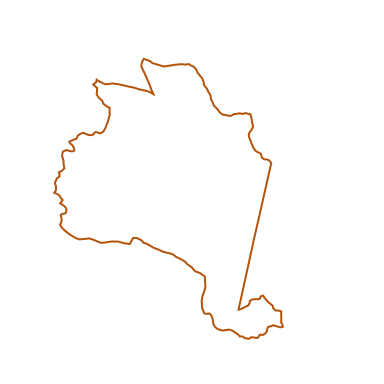 São Domingos do Maranhão, Maranhão, Brazil, rotated 292°
{"feature_id": "56859067B35483531108788", "entity_name": "São Domingos do Maranhão", "entity_type": "district", "adm_level": 2, "iso_a3": "BRA", "parent_name": "Brazil", "parent_adm1": "Maranhão", "projection": "natural_earth1", "projection_center": [-44.348, -5.667], "detail": "fine", "context": "isolated", "style": "outline", "palette": "amber", "viewbox_px": 384, "rotation_deg": 292, "n_neighbors": 0, "source": "geoboundaries", "source_scale": "gbopen_adm2", "svg_char_len": 3619}
<svg xmlns="http://www.w3.org/2000/svg" viewBox="0 0 384 384"><g transform="rotate(292 192 192)"><path d="M114.7,319.4L114.6,317.0L113.5,314.2L114.4,311.2L116.8,309.3L118.5,303.9L120.8,299.4L122.6,296.7L120.9,294.8L118.8,294.9L117.2,293.3L116.4,290.9L115.0,288.2L112.8,286.4L110.2,287.1L107.8,286.6L106.3,285.2L104.3,283.4L102.3,281.7L100.4,279.2L165.4,268.2L167.8,267.7L195.4,263.3L227.9,258.0L248.4,254.7L250.1,251.9L250.3,249.6L249.4,246.7L249.9,244.1L253.4,241.4L253.7,236.9L254.2,234.9L256.8,231.5L263.8,224.8L265.1,223.7L267.4,223.0L269.4,223.2L273.1,224.1L275.0,224.2L277.0,223.3L278.4,222.1L280.1,221.1L281.7,220.2L285.9,217.1L285.5,214.5L285.1,211.7L283.8,210.5L283.1,208.8L282.7,206.3L281.1,204.1L280.1,201.9L278.0,200.3L276.8,198.9L275.3,191.4L276.1,188.1L278.8,183.7L280.2,180.1L283.3,177.1L285.2,174.8L288.5,173.0L291.2,169.4L293.4,167.1L294.8,164.4L295.8,162.9L297.8,162.0L299.6,160.3L301.0,159.1L303.0,155.6L304.3,153.1L305.8,151.4L307.7,149.3L308.9,146.0L308.9,143.0L309.4,141.1L307.8,138.4L306.3,133.7L304.8,130.9L302.9,127.3L301.4,125.1L300.0,122.4L298.8,120.9L297.7,118.1L297.2,112.7L296.7,106.9L297.6,104.1L297.6,101.9L297.4,97.4L294.0,97.0L292.3,97.2L290.0,97.7L288.5,98.9L284.6,103.3L280.7,107.3L275.6,112.4L273.8,114.1L272.1,115.5L270.7,117.0L268.3,119.5L268.6,117.4L268.8,115.3L268.8,113.1L268.3,109.6L267.9,107.6L267.5,104.8L267.1,100.3L266.9,98.1L266.4,95.9L265.1,87.8L264.3,83.2L263.7,80.9L262.8,77.5L261.6,75.5L260.2,73.0L259.5,71.0L259.4,68.9L259.7,67.0L259.7,64.6L260.4,61.5L257.7,62.0L254.6,60.1L253.6,63.0L253.1,64.8L251.1,65.8L248.9,66.4L246.6,67.1L244.6,70.2L243.8,72.2L243.0,74.7L240.7,76.6L239.9,79.3L239.4,81.7L239.2,84.1L236.9,85.0L234.9,85.7L233.1,86.8L230.2,87.0L227.6,87.5L224.7,87.7L222.9,87.5L220.4,87.8L215.8,87.4L214.2,86.8L212.0,85.0L211.8,82.6L211.4,80.1L209.7,79.1L208.1,78.8L207.0,77.4L206.1,74.6L206.1,71.8L206.1,68.9L204.3,66.9L202.9,65.9L201.2,65.0L199.5,65.1L197.9,64.6L196.2,62.7L192.8,59.4L191.4,60.9L190.4,63.8L188.6,66.1L186.4,67.4L185.0,66.1L184.3,64.3L184.1,61.6L183.4,59.2L180.9,57.2L178.5,57.5L176.5,58.1L175.1,59.4L172.7,61.3L170.0,62.4L168.1,63.5L166.2,64.8L162.5,63.2L160.4,61.2L157.4,63.3L155.5,62.6L154.1,61.6L151.6,61.6L149.2,61.4L147.6,62.7L145.6,64.1L142.5,65.2L139.7,64.6L139.6,68.2L138.8,70.6L137.2,73.1L136.1,75.1L134.2,74.5L132.1,74.1L131.6,77.1L130.5,80.3L128.9,82.1L127.1,82.5L125.3,82.9L124.0,81.6L123.0,79.7L121.1,79.0L119.6,80.3L117.8,81.5L114.7,82.2L112.4,81.8L110.1,84.7L108.7,88.3L107.6,91.7L106.8,94.8L106.1,98.9L105.7,102.2L105.9,105.4L107.2,108.0L109.2,111.8L110.3,113.4L110.6,116.0L110.8,118.5L110.7,123.6L110.7,126.2L111.9,129.1L114.8,134.0L116.1,136.2L118.4,142.3L119.0,147.4L119.4,149.5L119.9,151.4L120.4,153.8L127.2,154.6L128.6,157.8L128.6,159.8L128.3,163.3L126.7,166.3L127.1,168.5L126.6,173.4L125.9,177.1L126.1,183.6L125.7,187.2L126.4,192.0L126.9,194.9L126.9,197.9L125.9,201.4L125.6,206.2L125.3,208.7L124.7,212.1L123.4,214.3L122.1,220.0L120.5,222.9L119.7,224.8L119.8,230.0L119.1,232.7L118.5,235.5L116.2,236.6L113.7,237.7L111.4,238.9L108.9,240.0L104.4,240.6L101.2,240.6L98.8,240.8L96.7,241.3L94.3,241.9L87.9,245.1L84.0,249.0L84.6,251.3L85.9,253.7L84.9,256.0L82.4,258.4L79.1,260.4L77.3,261.6L75.5,263.8L74.6,267.2L74.7,270.8L75.3,273.0L76.6,274.8L78.4,278.1L78.6,281.8L77.9,284.6L77.0,288.5L76.0,290.5L76.9,292.6L76.3,296.0L77.3,299.9L79.6,301.4L80.2,303.4L80.7,306.3L82.0,308.0L83.9,308.0L85.5,308.9L85.8,311.0L88.2,312.9L90.8,313.6L93.3,313.0L95.4,313.1L97.0,315.4L98.9,317.3L99.2,320.1L99.5,324.5L101.2,326.8L103.0,325.4L104.4,323.5L107.1,322.6L111.4,320.8L114.7,319.4Z" fill="none" stroke="#b45309" stroke-width="2"/></g></svg>